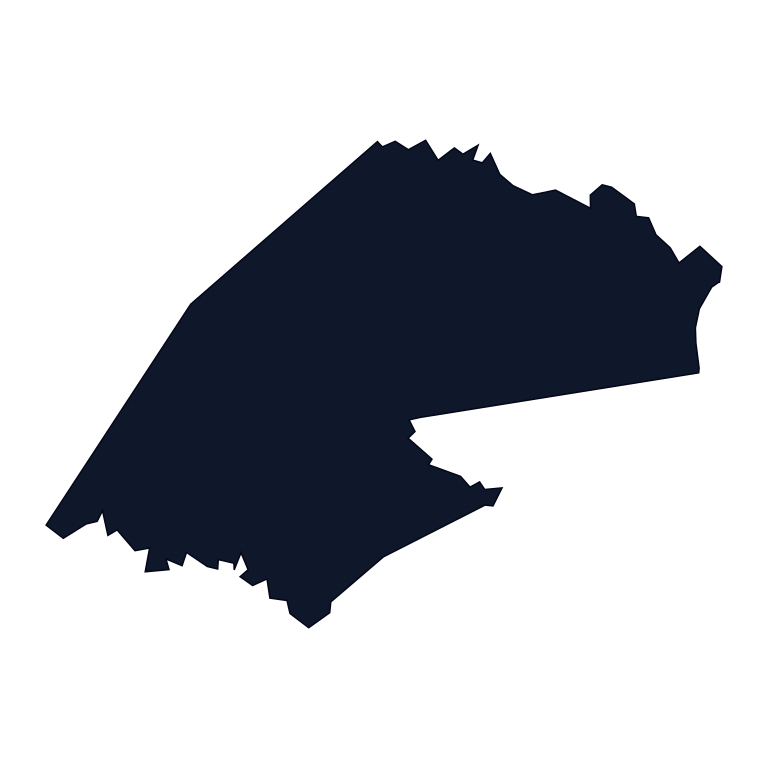 Refugio, Texas, United States of America (Albers equal-area conic projection)
{"feature_id": "52423323B18578133959698", "entity_name": "Refugio", "entity_type": "district", "adm_level": 2, "iso_a3": "USA", "parent_name": "United States of America", "parent_adm1": "Texas", "projection": "albers", "projection_center": [-97.12, 28.308], "detail": "fine", "context": "isolated", "style": "filled", "palette": "ink", "viewbox_px": 768, "rotation_deg": 0, "n_neighbors": 0, "source": "geoboundaries", "source_scale": "gbopen_adm2", "svg_char_len": 1112}
<svg xmlns="http://www.w3.org/2000/svg" viewBox="0 0 768 768"><path d="M698.7,372.8L699.1,368.1L695.9,342.9L695.4,327.8L699.4,308.7L711.7,287.1L718.3,282.5L719.5,282.2L721.9,266.6L699.9,246.3L679.0,263.0L670.3,247.9L656.0,234.8L648.6,217.8L636.3,216.4L634.3,203.9L611.6,187.2L602.2,184.8L590.3,195.1L590.5,208.3L555.5,190.1L532.4,194.8L512.9,185.6L499.8,174.4L490.3,153.4L482.3,162.8L472.7,160.1L478.1,145.2L462.9,154.2L454.4,147.9L438.1,160.3L425.6,140.3L408.4,149.7L395.2,141.3L382.4,146.9L377.4,141.6L190.7,304.2L46.1,525.1L63.3,538.3L86.1,524.0L97.2,521.3L102.5,510.6L107.9,535.4L117.1,529.9L135.0,550.7L149.6,548.0L145.2,571.8L169.0,569.6L166.0,559.0L182.1,565.7L186.5,552.4L207.3,566.5L217.7,569.0L218.3,559.6L233.9,563.2L234.2,569.9L241.0,552.7L248.1,569.7L240.1,576.7L252.6,585.5L267.0,578.9L269.9,598.1L287.0,600.5L290.0,613.5L308.7,627.7L329.7,612.7L330.8,601.9L383.5,556.8L485.0,505.1L493.0,505.9L502.0,487.9L484.7,489.5L479.6,481.9L470.0,487.1L460.6,476.4L428.5,464.7L432.0,459.2L408.1,438.2L415.0,431.5L409.1,419.9L420.2,417.4L698.7,372.8Z" fill="#0f172a" stroke="#020617" stroke-width="1.5"/></svg>